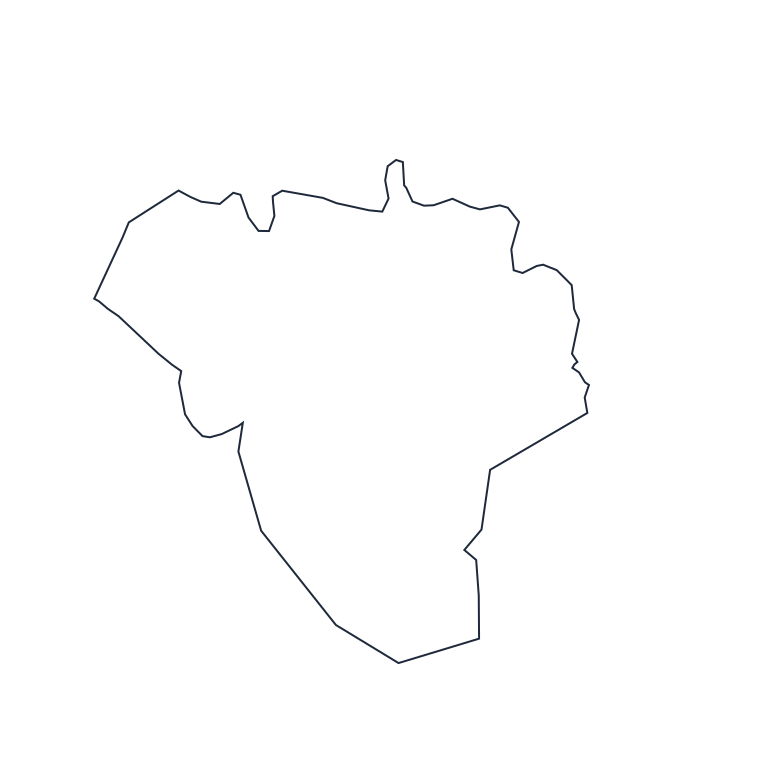 Sinja, Sennar, Sudan, rotated 331°
{"feature_id": "16777658B54691568406545", "entity_name": "Sinja", "entity_type": "district", "adm_level": 2, "iso_a3": "SDN", "parent_name": "Sudan", "parent_adm1": "Sennar", "projection": "mercator", "projection_center": [33.787, 13.125], "detail": "fine", "context": "isolated", "style": "outline", "palette": "slate", "viewbox_px": 768, "rotation_deg": 331, "n_neighbors": 0, "source": "geoboundaries", "source_scale": "gbopen_adm2", "svg_char_len": 1126}
<svg xmlns="http://www.w3.org/2000/svg" viewBox="0 0 768 768"><g transform="rotate(331 384 384)"><path d="M563.8,458.5L563.1,448.7L585.7,422.5L586.1,414.9L586.6,410.7L596.1,388.5L590.3,368.2L581.0,356.8L574.8,354.8L559.0,354.1L552.6,347.4L560.6,328.0L580.6,307.7L577.8,289.9L571.9,283.9L552.6,277.8L545.1,270.5L533.7,255.2L514.0,251.7L505.4,247.4L497.4,238.2L498.6,223.0L497.9,220.1L508.1,199.0L503.1,193.9L492.8,195.3L483.8,206.4L477.9,224.0L466.1,232.4L455.2,224.9L430.2,202.9L420.8,191.6L388.7,165.6L377.7,165.8L375.3,170.7L369.6,183.9L357.6,194.5L348.5,189.3L346.2,172.8L350.2,148.9L344.9,143.7L327.6,146.9L312.5,135.9L305.2,126.3L298.1,115.2L239.2,118.9L226.4,129.1L171.9,168.9L174.8,173.5L179.0,184.6L184.7,195.9L201.5,248.4L208.0,264.5L212.9,274.4L205.3,283.6L195.3,314.1L196.2,328.0L200.0,341.6L205.9,346.2L217.7,349.1L236.3,350.2L241.7,349.5L223.9,372.5L205.4,452.8L225.1,571.5L261.4,635.1L343.7,652.8L364.3,615.0L379.3,582.6L373.8,568.1L398.7,558.6L435.2,510.5L547.8,507.9L553.0,493.1L562.8,484.2L560.6,479.9L560.2,468.4L556.6,461.2L560.0,459.2L563.8,458.5Z" fill="none" stroke="#1e293b" stroke-width="2"/></g></svg>